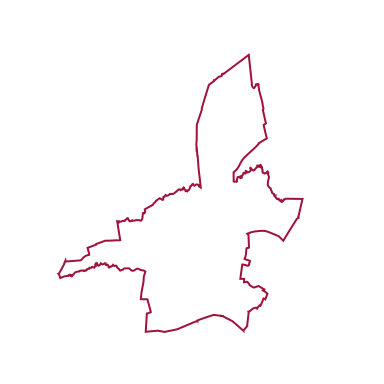 the district of Tynaarlo, Drenthe, Netherlands, rotated 284°
{"feature_id": "6326949B53831042389857", "entity_name": "Tynaarlo", "entity_type": "district", "adm_level": 2, "iso_a3": "NLD", "parent_name": "Netherlands", "parent_adm1": "Drenthe", "projection": "natural_earth1", "projection_center": [6.601, 53.112], "detail": "fine", "context": "isolated", "style": "outline", "palette": "rose", "viewbox_px": 384, "rotation_deg": 284, "n_neighbors": 0, "source": "geoboundaries", "source_scale": "gbopen_adm2", "svg_char_len": 6021}
<svg xmlns="http://www.w3.org/2000/svg" viewBox="0 0 384 384"><g transform="rotate(284 192 192)"><path d="M79.5,83.2L76.7,85.0L79.3,88.6L80.4,91.4L80.6,92.2L81.8,92.6L82.3,93.9L82.2,94.2L81.1,94.5L81.1,95.8L81.3,96.0L82.7,95.9L83.0,96.2L83.2,97.0L84.5,97.4L85.9,98.2L87.3,100.6L87.4,101.4L87.9,102.1L88.4,102.2L88.8,103.0L89.0,104.1L89.5,105.0L89.2,105.9L89.5,106.2L89.3,106.7L90.1,107.4L90.0,107.9L90.7,108.3L90.6,108.6L90.9,108.8L91.6,108.8L92.1,109.4L92.7,110.8L93.6,110.8L93.5,111.5L93.8,112.2L95.0,113.0L95.3,113.5L94.9,114.5L94.9,115.3L95.7,115.6L96.6,116.4L98.0,115.7L98.6,115.9L99.4,115.9L99.8,116.2L99.6,116.6L99.8,117.1L98.0,118.1L98.3,118.6L98.0,119.3L98.5,120.1L100.7,120.8L100.2,121.6L100.2,123.1L101.2,124.0L101.8,124.7L101.9,125.4L101.6,125.5L101.0,125.4L100.5,125.9L100.6,126.5L100.4,126.9L100.6,127.4L101.0,127.6L100.8,128.1L99.5,129.2L98.8,129.3L98.6,129.8L99.5,130.9L100.2,131.2L100.4,131.6L100.3,131.9L100.4,132.1L102.3,133.0L101.5,134.1L101.4,134.8L102.2,136.1L102.0,136.6L100.3,138.1L99.5,140.0L98.5,140.8L98.4,141.4L98.6,141.9L99.3,142.5L99.8,143.6L101.1,144.4L101.5,144.9L102.7,149.4L101.4,151.9L101.2,152.7L101.2,153.6L101.7,154.7L104.0,156.8L104.4,157.5L104.5,158.3L103.9,161.1L104.1,164.5L103.5,166.0L98.2,165.7L93.0,166.7L82.1,167.3L75.6,168.3L77.1,174.7L65.6,181.1L64.1,179.4L63.2,177.6L45.2,180.9L49.2,192.5L49.6,199.3L54.9,210.2L55.7,211.5L66.9,226.4L68.0,228.3L67.9,228.5L68.6,228.3L70.8,231.4L77.9,242.5L79.1,251.3L78.9,251.2L79.0,251.7L76.4,262.6L69.8,275.5L70.1,275.4L75.4,278.1L75.9,277.8L88.4,276.2L89.6,275.6L90.2,276.8L93.4,279.1L94.1,280.0L95.3,282.1L94.6,283.4L96.6,284.0L98.4,285.0L98.1,285.9L102.3,286.7L106.0,287.1L106.1,287.3L105.6,289.1L111.6,289.8L112.7,287.6L113.6,284.7L113.7,284.8L113.5,285.7L115.0,285.9L115.5,283.5L115.7,283.3L116.8,279.5L116.8,279.1L114.4,275.6L114.3,274.6L115.5,270.6L117.2,268.9L118.2,267.4L118.2,267.0L117.0,264.3L120.3,263.6L119.4,259.9L133.8,258.3L134.0,258.7L134.1,261.6L133.9,262.0L133.9,262.9L134.0,264.1L134.2,264.5L135.0,265.0L135.2,264.7L138.9,265.0L139.1,265.0L139.2,264.6L139.8,259.2L141.7,259.5L144.3,259.4L150.4,258.5L150.8,258.7L151.6,260.6L152.0,260.7L164.0,257.2L164.9,255.7L166.9,258.8L167.1,258.8L169.0,262.7L171.3,269.3L171.9,272.7L171.7,276.0L170.2,286.3L169.7,287.5L166.8,292.4L176.0,295.2L191.5,300.3L192.7,301.7L193.2,301.5L193.2,301.3L193.8,301.0L194.5,301.2L212.0,300.9L208.1,284.3L206.8,283.4L206.6,283.1L206.8,283.0L206.8,282.6L205.1,282.4L204.4,282.0L204.0,281.4L204.2,281.0L204.8,280.8L204.7,280.4L204.8,280.2L205.4,280.5L205.7,280.3L205.1,279.7L204.9,279.0L206.2,277.9L205.8,277.7L206.1,276.8L205.8,276.5L205.8,276.0L206.9,274.7L207.6,274.0L208.8,273.9L208.6,273.5L208.0,273.3L208.0,273.0L209.0,272.3L210.0,271.9L210.2,270.4L210.7,269.8L211.8,269.4L212.9,268.2L214.6,267.4L214.6,266.9L214.9,266.2L215.8,265.0L217.1,263.8L221.1,263.1L224.8,263.2L226.4,262.4L227.8,261.2L229.0,261.4L229.8,261.1L230.2,260.3L229.2,259.7L228.6,259.5L227.5,258.2L227.5,257.8L228.0,256.9L227.8,256.2L228.9,255.3L229.9,255.3L231.0,254.9L231.5,254.1L231.9,253.9L232.7,254.1L233.1,253.9L233.2,253.7L232.6,253.2L232.7,252.9L233.9,252.7L234.7,252.3L234.9,252.0L234.6,251.6L233.9,251.5L233.6,251.6L233.4,252.2L233.0,252.2L232.8,252.0L232.6,251.0L233.5,250.4L233.7,249.7L233.4,248.9L231.9,249.1L230.1,247.9L228.6,247.4L227.7,246.6L227.6,246.3L228.2,245.5L228.4,244.4L229.6,243.2L229.7,242.9L229.6,242.7L229.1,242.8L228.1,243.5L226.9,243.7L225.4,242.8L224.5,241.4L225.3,240.1L225.4,239.0L225.2,239.0L224.4,239.9L223.4,239.8L222.7,238.9L223.2,238.0L223.0,237.3L221.0,237.2L219.8,236.4L218.9,235.2L218.6,235.4L218.7,236.7L218.3,236.9L217.8,236.7L217.2,235.7L217.3,235.4L217.8,235.4L218.1,235.1L217.8,234.4L217.8,233.4L217.5,232.7L214.6,232.6L213.1,233.2L212.7,232.8L212.8,232.2L212.3,231.0L212.3,229.9L221.1,227.6L224.6,229.9L227.0,230.9L233.9,232.6L236.5,233.6L238.7,234.8L250.9,242.8L254.9,245.1L255.5,244.9L256.3,246.0L257.8,247.2L262.0,251.6L274.3,245.3L276.5,247.1L288.9,240.8L289.9,241.3L295.1,238.8L295.3,238.9L296.3,238.4L306.2,232.9L308.4,231.9L310.7,231.1L311.5,230.4L312.3,230.7L312.6,230.6L312.8,230.2L312.7,229.7L311.8,227.9L310.5,228.2L308.0,227.2L307.7,226.7L308.7,225.2L310.7,223.9L311.3,224.0L338.8,213.9L314.3,194.1L314.4,193.7L314.1,193.6L313.8,192.7L311.6,192.6L310.3,190.1L306.3,187.3L305.8,186.2L305.0,186.5L300.1,182.5L283.9,181.6L275.6,181.3L274.3,181.6L272.7,181.5L258.4,180.4L244.3,183.8L238.6,184.8L236.8,185.7L236.6,185.5L233.8,186.3L234.1,186.6L228.4,188.4L228.5,188.7L215.3,193.1L201.6,198.3L201.2,198.2L200.8,198.6L198.4,199.4L198.6,198.8L199.2,198.8L199.5,198.3L199.2,197.3L200.6,196.7L200.4,194.2L198.8,193.1L198.6,192.7L199.3,191.3L199.9,191.2L200.1,191.0L199.5,190.3L197.7,189.7L197.2,189.0L194.9,188.9L193.4,188.6L192.7,187.7L191.6,187.4L192.0,186.3L191.3,186.0L191.2,185.6L192.5,184.9L193.2,183.7L194.2,183.2L194.4,182.9L193.0,182.1L192.6,182.5L192.2,182.5L191.6,181.1L191.0,180.4L191.6,179.6L191.2,178.4L190.1,177.7L189.6,177.1L188.6,176.8L187.9,176.0L186.7,175.3L185.5,174.0L185.3,172.8L184.9,172.2L184.9,171.2L183.0,169.8L182.3,168.7L182.2,168.2L182.7,167.2L182.0,166.7L180.8,166.5L180.7,166.2L180.6,165.7L180.2,165.4L177.8,165.9L177.4,165.7L177.2,165.4L177.4,164.4L177.5,163.9L177.9,163.5L177.8,163.2L178.1,162.1L174.5,159.1L174.0,159.1L171.2,157.4L170.3,157.3L163.8,150.4L161.2,151.3L160.3,151.2L159.8,150.9L160.0,149.8L159.6,149.5L154.5,150.2L153.4,150.1L151.9,149.5L151.7,149.1L151.9,147.6L151.7,146.5L151.2,144.6L150.2,142.9L150.1,142.3L149.6,141.2L150.0,140.9L148.7,139.3L148.5,138.4L150.6,136.5L151.1,136.0L151.0,135.8L150.9,135.5L149.5,134.9L148.8,134.0L147.6,133.7L147.2,131.7L146.0,130.1L145.7,129.4L146.0,128.4L144.7,128.2L144.8,127.9L145.4,127.3L145.5,126.5L127.9,134.0L127.3,132.6L127.0,130.8L125.3,125.4L123.7,119.5L120.6,115.0L118.4,111.6L117.8,111.8L112.5,104.2L109.4,105.9L107.5,107.1L106.1,107.4L105.5,106.0L104.1,104.1L102.3,102.6L100.0,101.4L98.7,100.4L94.0,86.3L95.0,85.8L91.8,85.3L91.5,85.5L84.7,83.8L80.4,82.6L80.3,82.3L79.5,83.2Z" fill="none" stroke="#9f1239" stroke-width="2"/></g></svg>